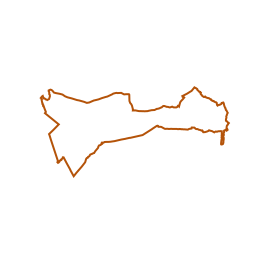 outline of Podgoria, Buzau, Romania, rotated 119°
{"feature_id": "2599482B62775264936185", "entity_name": "Podgoria", "entity_type": "district", "adm_level": 2, "iso_a3": "ROU", "parent_name": "Romania", "parent_adm1": "Buzau", "projection": "equal_earth", "projection_center": [26.994, 45.465], "detail": "fine", "context": "isolated", "style": "outline", "palette": "amber", "viewbox_px": 256, "rotation_deg": 119, "n_neighbors": 0, "source": "geoboundaries", "source_scale": "gbopen_adm2", "svg_char_len": 5375}
<svg xmlns="http://www.w3.org/2000/svg" viewBox="0 0 256 256"><g transform="rotate(119 128 128)"><path d="M133.6,215.6L134.2,215.3L134.5,214.8L134.9,214.3L135.5,213.8L136.5,213.4L136.8,212.9L136.9,212.5L138.1,211.7L140.9,211.1L142.7,212.2L142.6,212.6L142.7,213.6L142.9,213.9L142.6,214.8L142.7,215.6L142.4,216.7L141.9,217.5L141.3,218.1L142.1,218.5L143.9,218.8L143.9,218.5L144.5,217.9L144.5,217.4L144.8,217.6L148.3,214.6L148.1,214.4L148.5,214.0L149.7,213.0L149.4,212.8L151.6,210.3L153.8,207.6L155.3,207.8L158.4,190.3L165.7,192.3L171.6,194.1L172.4,193.1L175.4,190.0L191.5,172.6L191.9,173.0L192.1,173.1L192.4,172.3L191.7,171.9L191.3,172.1L191.2,172.1L191.2,171.9L190.9,171.7L190.2,171.7L189.9,171.9L188.7,171.1L188.6,171.4L187.6,171.1L186.8,170.6L186.2,170.7L185.8,170.4L185.2,170.7L184.9,170.1L188.5,164.6L192.5,158.2L192.8,158.0L196.5,152.1L192.2,151.4L184.1,149.7L178.9,148.9L178.5,148.9L177.8,149.1L177.5,149.1L176.9,149.3L175.9,149.5L175.7,149.6L174.3,149.5L173.8,149.1L173.7,149.0L173.6,148.8L173.3,148.8L173.0,148.9L172.9,148.8L172.4,148.8L171.8,148.3L171.6,148.2L170.9,148.1L170.3,148.2L169.5,148.1L168.5,147.3L168.4,147.1L167.5,146.6L167.1,146.2L166.6,145.9L166.3,145.5L164.0,145.4L160.1,144.6L159.6,144.6L158.8,144.9L157.4,144.9L157.2,144.8L156.4,143.9L156.1,143.8L155.6,143.5L154.9,143.4L154.7,143.2L154.4,143.7L154.2,143.7L153.7,143.8L153.3,143.7L153.2,143.3L153.2,142.9L153.2,142.7L152.7,142.2L151.8,141.9L151.6,141.7L150.3,139.6L149.9,138.8L148.4,136.5L147.9,135.9L146.0,133.4L141.3,128.2L138.7,125.0L138.2,124.5L135.9,121.9L135.7,121.5L135.2,120.9L127.1,111.8L117.6,106.6L115.7,105.7L115.2,105.4L112.3,103.9L111.7,103.3L111.6,103.0L111.6,102.7L112.2,102.0L111.3,100.4L110.9,99.3L110.9,95.8L110.8,95.2L110.6,94.8L110.2,94.2L109.4,92.8L109.2,92.1L108.9,91.6L107.6,89.5L107.2,88.5L105.1,84.7L104.8,83.7L104.3,83.0L104.1,82.9L103.8,82.3L103.8,82.1L103.3,81.3L103.3,81.0L103.2,80.7L102.6,79.7L102.5,79.3L102.1,78.5L101.8,78.0L100.5,75.1L100.3,74.8L99.6,74.4L99.1,74.0L97.7,72.2L96.7,72.5L95.5,70.2L95.5,69.8L95.9,68.7L95.9,68.1L95.8,67.7L95.2,66.6L95.2,65.2L94.8,64.1L94.6,62.3L94.6,62.2L94.3,62.2L94.1,62.0L94.2,61.5L94.6,61.2L94.7,60.8L95.1,60.4L95.2,60.2L95.1,59.9L94.8,59.5L94.3,58.7L92.8,57.2L91.5,56.2L90.8,56.1L90.7,56.0L90.5,54.8L90.0,53.0L90.0,52.3L90.0,50.4L88.8,49.8L88.4,49.4L88.2,48.4L87.1,47.5L86.7,46.7L86.0,45.8L85.4,44.4L87.2,43.4L88.5,42.7L89.3,42.4L89.4,42.0L90.0,41.9L90.3,41.7L90.5,41.7L90.8,41.5L91.0,41.5L91.1,41.3L91.1,41.1L91.5,41.0L91.8,40.8L92.1,40.8L93.3,40.4L94.6,39.9L95.2,39.5L95.5,39.5L97.0,38.8L97.2,38.5L97.2,38.4L96.8,37.9L96.5,37.8L96.4,37.5L96.0,37.4L95.8,37.2L94.5,37.5L92.6,38.5L92.4,38.5L92.0,39.0L91.8,38.8L91.6,38.8L91.5,39.0L90.5,39.3L90.3,39.5L90.0,39.7L89.9,39.8L89.8,40.0L90.0,40.0L90.1,40.3L90.0,40.5L89.3,40.8L88.9,41.1L88.7,41.1L88.3,40.7L88.0,40.7L87.4,40.9L87.3,41.0L87.5,41.4L87.0,41.4L86.9,41.4L86.8,41.5L87.0,41.8L86.9,41.8L86.2,41.8L85.1,41.9L84.6,42.1L84.2,42.2L84.1,42.6L83.7,42.7L83.1,42.3L82.8,42.1L82.5,41.8L82.1,41.7L82.3,41.4L82.4,41.5L82.5,41.4L82.4,41.1L82.1,41.0L82.4,40.4L81.6,40.1L81.6,40.9L81.6,41.1L81.4,41.1L80.9,40.8L80.7,40.9L80.8,41.3L80.3,41.5L80.1,41.8L79.6,42.1L78.1,42.6L77.5,42.6L76.8,42.3L75.8,42.4L74.8,42.2L74.7,42.5L74.9,43.2L74.3,44.2L74.2,45.0L74.3,45.3L74.2,45.5L74.1,45.9L72.8,46.6L71.3,46.9L70.2,47.7L68.8,47.8L68.5,48.0L67.4,48.1L66.4,48.1L65.6,49.5L65.2,50.0L64.9,50.3L64.8,51.1L64.3,51.5L64.0,51.9L63.5,52.2L63.4,52.3L63.3,52.9L62.7,53.5L62.4,54.0L61.9,54.5L60.9,55.5L60.1,56.1L59.7,56.7L59.5,57.0L59.7,57.3L60.5,57.7L60.7,58.2L61.4,58.0L62.0,58.2L63.0,58.9L63.2,59.2L63.5,59.3L63.7,59.7L64.1,60.1L65.0,60.5L64.9,60.8L64.6,61.4L63.5,62.2L63.3,62.5L63.0,62.6L62.9,62.9L62.8,63.4L63.1,64.3L63.1,64.8L63.0,65.3L63.1,65.6L62.9,65.8L62.9,66.4L63.3,67.1L63.2,67.4L63.3,67.9L63.3,68.0L63.1,68.3L63.0,68.5L63.1,68.9L62.9,69.0L62.7,69.3L62.9,69.8L62.8,70.2L62.8,70.9L62.7,71.7L62.9,72.0L62.9,72.4L63.1,72.6L63.2,73.4L63.4,74.1L63.3,74.4L63.4,74.7L63.1,75.8L63.3,75.9L63.7,76.3L63.9,76.3L64.1,76.6L64.0,77.7L64.0,78.3L63.9,78.7L63.4,79.5L63.3,80.2L62.9,81.0L62.0,81.3L62.2,81.7L61.5,82.3L61.8,82.7L61.8,83.2L61.7,83.5L61.5,83.8L61.5,84.1L61.3,84.5L61.2,84.9L61.2,85.2L61.1,85.7L60.7,86.2L60.4,86.3L60.3,86.6L60.3,87.2L60.2,87.5L60.3,87.7L60.3,88.1L60.2,88.4L60.2,88.6L60.4,88.9L60.3,89.6L64.8,90.4L66.1,91.2L69.2,92.9L73.7,95.9L73.8,95.6L74.0,95.3L74.1,95.0L74.3,95.0L74.3,94.8L74.2,94.7L74.2,94.3L74.0,94.0L74.1,93.6L76.7,94.1L78.5,94.6L80.0,94.8L80.7,94.7L84.4,93.8L84.1,94.6L84.1,94.9L84.2,95.0L84.3,95.1L85.4,95.1L85.8,95.2L86.4,95.6L86.7,95.9L87.7,97.8L87.9,98.4L87.9,99.7L89.6,101.2L89.8,101.5L90.2,103.4L90.7,104.3L91.1,106.8L91.5,107.6L91.8,107.9L93.7,108.6L94.4,109.3L95.5,110.0L96.8,111.3L97.3,112.1L99.4,113.5L100.9,115.9L102.9,118.2L103.7,119.0L105.2,121.4L108.0,126.8L109.0,130.0L110.3,132.2L109.4,132.5L109.4,132.8L108.8,133.2L106.5,135.4L105.6,136.7L105.2,137.9L104.9,138.4L104.3,139.1L103.9,139.6L103.4,140.0L98.3,143.0L98.0,143.6L99.4,146.1L100.5,147.7L100.6,151.0L102.6,154.2L102.8,155.0L103.6,156.0L105.1,157.6L106.1,158.1L110.5,161.3L111.7,162.6L114.5,165.3L117.2,167.6L118.8,169.3L120.6,171.3L124.5,174.3L126.0,176.2L126.4,179.1L127.6,184.1L128.3,186.2L129.4,191.6L130.5,195.8L130.7,197.6L130.8,198.5L130.5,201.4L130.6,201.9L131.2,204.3L132.6,208.5L132.9,210.2L132.3,211.3L131.8,213.3L132.1,214.5L133.6,215.6Z" fill="none" stroke="#b45309" stroke-width="2"/></g></svg>